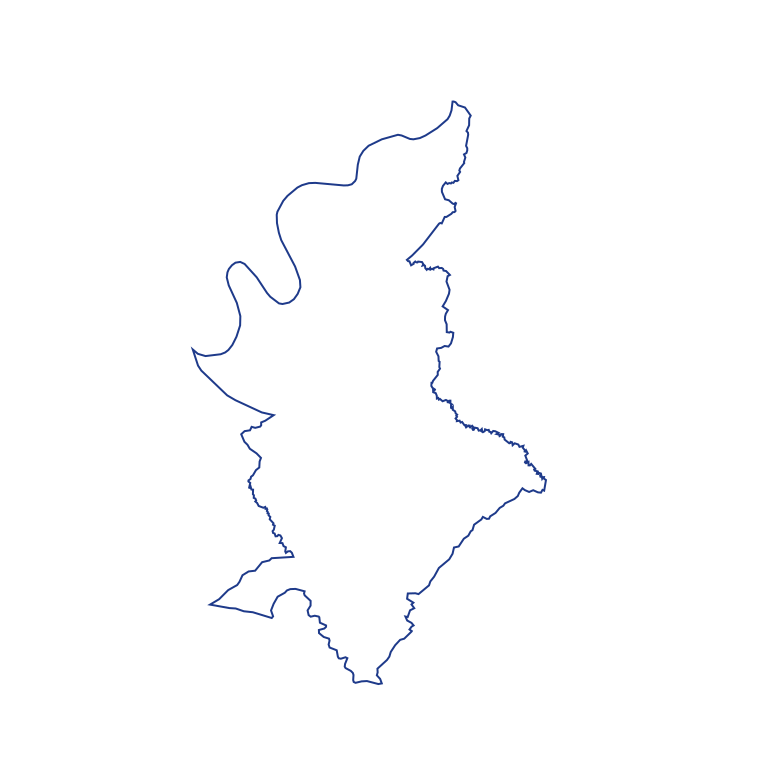 the district of Mueang Uthai Thani, Uthai Thani, Thailand, rotated 211°
{"feature_id": "78962969B55424079588300", "entity_name": "Mueang Uthai Thani", "entity_type": "district", "adm_level": 2, "iso_a3": "THA", "parent_name": "Thailand", "parent_adm1": "Uthai Thani", "projection": "mercator", "projection_center": [99.999, 15.387], "detail": "fine", "context": "isolated", "style": "outline", "palette": "blue", "viewbox_px": 768, "rotation_deg": 211, "n_neighbors": 0, "source": "geoboundaries", "source_scale": "gbopen_adm2", "svg_char_len": 6166}
<svg xmlns="http://www.w3.org/2000/svg" viewBox="0 0 768 768"><g transform="rotate(211 384 384)"><path d="M231.7,126.2L235.4,129.2L240.1,130.6L240.9,133.5L243.0,136.6L239.3,149.0L239.0,153.1L240.2,157.8L239.9,165.9L238.4,173.0L235.5,176.1L232.9,186.0L232.9,186.5L235.7,186.7L235.4,190.2L234.3,192.3L237.4,193.4L242.3,193.2L245.9,195.7L243.7,196.5L245.1,203.4L242.6,207.4L246.9,209.2L246.2,211.7L253.6,211.8L255.7,216.7L249.3,220.8L246.2,221.7L241.7,234.6L242.6,238.6L241.8,244.7L242.2,254.6L237.8,267.3L237.8,273.8L239.8,279.9L236.3,283.2L235.9,292.5L233.6,297.4L233.8,302.4L232.9,304.3L234.3,309.8L230.8,318.0L230.8,321.0L226.4,321.3L224.6,322.6L224.8,325.3L222.0,330.9L221.0,337.4L219.0,341.1L218.8,344.0L213.0,352.6L211.6,356.9L212.1,360.5L211.6,365.9L208.6,365.6L204.0,366.2L201.4,369.8L196.3,370.4L193.5,371.7L193.6,374.9L191.8,375.1L195.7,385.1L198.5,385.3L198.9,386.6L199.5,386.2L199.6,384.3L200.9,385.8L202.1,385.1L203.0,386.0L202.2,386.8L203.4,388.1L205.4,387.6L205.3,386.4L206.8,385.7L207.2,387.2L206.1,387.5L207.2,388.3L210.2,387.3L211.2,388.0L210.6,389.2L216.7,391.3L217.0,389.4L218.2,388.7L220.0,391.6L221.5,389.2L222.8,389.4L223.0,390.4L221.8,391.0L221.7,392.0L226.0,395.4L225.0,398.5L228.0,400.3L228.0,398.8L228.7,398.6L229.2,399.8L232.3,400.9L232.7,402.8L235.5,399.9L237.7,401.3L241.4,400.5L242.2,397.8L244.1,400.0L245.7,399.6L245.4,398.5L246.1,397.7L252.0,398.5L253.4,400.2L255.0,400.0L256.0,402.4L257.8,401.4L257.5,400.0L258.1,398.9L259.1,399.9L261.7,399.1L260.7,401.1L264.3,400.8L266.2,400.0L266.7,397.0L268.0,397.8L269.1,397.3L270.6,398.6L271.7,397.6L274.0,397.2L273.4,395.4L274.4,393.6L276.3,393.7L276.1,394.8L277.0,395.8L277.4,394.1L278.8,392.8L281.0,394.3L283.6,393.4L283.5,390.9L284.0,390.5L285.3,391.2L284.9,392.9L286.9,393.6L287.8,391.1L288.9,391.4L289.2,392.4L290.3,391.9L291.3,389.1L292.6,389.9L292.7,390.9L294.1,390.2L297.5,391.7L298.5,390.4L300.3,391.5L302.4,389.7L302.8,390.6L304.9,391.3L304.5,393.5L305.7,394.0L305.5,395.4L307.4,395.7L308.9,397.2L311.7,397.3L313.2,399.8L313.6,398.1L314.3,398.1L315.7,400.5L315.3,401.5L317.1,401.6L318.5,403.9L319.3,403.4L318.7,401.7L320.0,401.2L320.6,402.3L322.7,402.2L324.9,399.4L328.3,400.0L328.9,398.9L330.3,400.0L331.2,398.8L332.7,401.1L334.9,402.8L337.6,402.3L338.8,404.1L337.4,404.6L337.5,405.5L340.5,405.7L342.4,406.7L343.9,409.5L343.2,409.9L343.6,412.0L342.6,419.5L344.2,422.0L343.9,426.0L345.3,427.0L347.8,431.7L349.0,431.9L351.6,435.8L355.9,438.5L356.8,441.8L353.6,444.4L351.6,447.8L348.0,449.3L347.5,453.3L349.1,459.7L351.0,463.6L353.9,463.0L354.4,461.8L356.9,460.8L361.1,467.5L364.6,470.1L366.4,473.3L367.2,476.1L367.2,480.3L373.7,480.7L373.7,487.1L374.8,494.8L376.3,498.5L383.2,504.0L385.0,509.2L383.7,511.4L389.0,512.8L391.4,511.9L392.6,513.1L394.3,513.2L396.4,511.7L398.2,512.4L401.0,508.9L400.6,507.7L402.2,507.5L403.1,506.0L404.3,507.3L404.7,505.5L406.1,505.1L406.2,503.9L408.2,504.5L409.7,506.4L410.8,506.6L411.9,505.4L412.1,507.0L414.2,508.1L417.8,506.5L417.9,505.5L419.0,504.9L420.3,505.1L421.0,503.0L420.5,502.3L421.9,499.7L425.4,502.3L426.6,501.7L428.3,502.2L426.1,508.5L422.4,523.7L419.4,549.8L418.7,551.0L417.2,551.4L418.0,558.5L416.5,559.4L413.9,564.6L413.6,566.6L412.1,567.7L411.8,569.2L414.6,572.1L415.3,576.0L416.1,576.0L416.3,574.4L418.1,574.0L423.1,574.9L426.8,573.8L433.3,578.5L434.9,581.0L435.5,584.2L434.9,588.6L432.6,588.2L431.6,589.8L429.9,590.4L429.7,591.6L428.1,592.2L427.9,594.6L425.9,595.5L425.2,597.0L428.3,600.2L428.0,605.0L429.4,605.8L429.9,607.8L429.0,614.7L429.8,615.4L430.9,620.0L433.7,622.0L432.3,624.5L433.0,627.2L434.1,629.0L436.3,630.4L440.2,641.0L441.5,642.7L443.6,643.3L444.3,649.6L447.7,655.5L447.9,658.7L457.0,662.7L464.0,661.1L467.8,662.4L469.8,662.0L470.7,661.4L467.1,653.4L465.9,647.9L465.9,643.8L470.2,630.7L476.4,618.4L479.9,613.3L484.8,608.9L488.0,607.4L496.9,606.1L500.4,604.8L511.9,592.6L519.9,580.3L521.8,573.2L521.9,566.4L519.4,558.5L513.5,545.7L513.3,543.1L514.5,538.6L517.3,535.7L520.7,533.5L546.5,521.0L551.8,517.5L556.7,512.2L559.4,507.8L563.6,495.7L564.7,489.1L564.1,476.8L563.1,473.8L558.6,466.8L552.0,459.5L546.2,454.4L520.7,438.9L509.6,429.8L505.5,423.9L504.4,416.8L504.9,410.3L507.2,405.0L512.2,400.3L515.5,399.0L526.4,400.2L531.2,401.8L548.1,409.9L565.3,415.1L570.1,414.6L573.8,411.5L575.5,407.5L576.2,402.7L575.7,399.1L573.7,394.4L567.9,388.6L551.9,377.7L542.1,368.2L537.5,360.1L534.8,348.5L534.1,339.3L534.9,333.0L536.4,329.2L539.3,325.4L551.4,316.0L559.1,314.0L565.7,315.1L552.9,304.0L547.5,301.4L512.6,293.5L503.0,293.6L474.1,296.7L462.5,300.5L466.9,291.3L469.5,287.8L468.0,285.3L468.2,283.7L471.8,280.1L475.4,279.1L475.0,275.3L479.2,271.8L480.5,267.4L473.9,262.6L469.7,261.6L465.7,259.4L457.5,258.9L451.4,257.3L450.7,253.5L447.9,248.2L449.4,244.2L449.3,238.2L450.2,236.1L449.5,233.8L450.5,231.6L450.0,230.6L447.7,230.3L446.2,225.7L445.2,225.9L445.2,227.1L443.3,225.3L441.8,226.0L439.6,222.0L438.2,221.6L437.0,219.3L435.2,219.5L433.6,218.3L433.8,217.0L431.5,216.7L428.6,214.9L423.7,215.8L422.5,217.4L421.3,216.0L420.4,217.0L419.3,216.2L419.0,214.8L417.6,214.4L417.2,213.2L416.0,213.5L415.3,212.0L413.0,211.5L412.3,209.2L407.0,207.7L406.7,206.2L404.7,206.3L403.4,202.4L403.7,200.5L402.4,199.2L400.7,199.5L398.5,197.6L397.1,198.6L396.8,200.3L394.8,200.8L392.1,199.3L391.5,194.0L389.1,195.3L386.6,193.3L384.0,193.5L382.4,189.6L381.1,188.7L380.2,191.0L378.3,192.4L376.1,191.9L372.6,189.2L390.6,176.8L391.4,173.7L396.7,168.5L398.3,157.6L403.5,153.6L406.8,147.2L406.0,140.0L406.3,136.1L411.4,127.1L414.5,114.6L419.5,105.3L401.1,112.3L395.5,115.2L387.1,117.0L378.9,120.8L359.7,125.6L359.4,127.7L364.2,131.7L365.4,138.8L365.6,146.9L361.5,154.0L360.9,157.0L358.7,159.9L354.3,162.8L345.3,165.4L344.7,163.3L343.2,162.0L335.2,160.3L332.8,156.2L332.9,150.6L329.6,147.1L327.0,146.8L324.0,149.7L320.2,151.0L319.3,150.7L316.0,146.4L309.3,147.2L308.6,146.0L309.2,143.7L313.1,139.6L311.4,137.0L305.4,136.1L300.0,137.4L298.5,136.0L297.3,132.2L294.9,130.1L287.4,131.4L283.1,126.5L281.5,125.6L279.5,126.3L276.3,129.9L274.2,130.1L273.2,124.0L272.1,121.5L270.6,120.7L264.7,121.0L261.9,120.3L260.3,118.9L257.9,114.3L256.5,113.0L254.5,113.2L250.0,117.6L245.6,120.6L234.3,123.9L231.7,126.2Z" fill="none" stroke="#1e3a8a" stroke-width="2"/></g></svg>